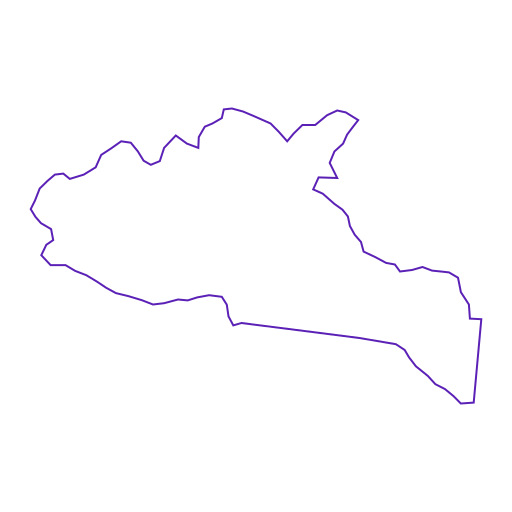 outline of Arara, Paraíba, Brazil
{"feature_id": "56859067B48385151436783", "entity_name": "Arara", "entity_type": "district", "adm_level": 2, "iso_a3": "BRA", "parent_name": "Brazil", "parent_adm1": "Paraíba", "projection": "robinson", "projection_center": [-35.733, -6.862], "detail": "fine", "context": "isolated", "style": "outline", "palette": "violet", "viewbox_px": 512, "rotation_deg": 0, "n_neighbors": 0, "source": "geoboundaries", "source_scale": "gbopen_adm2", "svg_char_len": 1390}
<svg xmlns="http://www.w3.org/2000/svg" viewBox="0 0 512 512"><path d="M65.5,265.1L75.2,270.9L86.3,275.2L96.6,281.4L106.2,287.8L115.9,293.1L128.3,296.1L141.9,300.2L153.0,304.5L164.1,303.2L178.0,299.5L187.7,300.4L197.2,297.4L209.1,295.2L221.8,296.8L226.8,304.7L228.5,316.4L233.3,325.4L241.4,323.0L359.3,338.0L395.9,344.2L404.7,350.0L409.0,357.3L415.9,366.3L427.8,375.9L435.4,384.2L445.0,389.1L453.6,396.2L460.8,403.5L473.7,402.6L481.3,319.2L469.9,318.6L468.9,304.5L460.9,292.2L458.0,277.7L449.0,272.4L440.9,271.5L432.0,270.6L422.5,267.0L412.0,270.0L400.0,271.5L394.9,264.5L386.1,262.9L375.1,257.0L363.6,251.6L361.0,242.0L354.7,234.7L349.9,226.0L347.9,216.5L342.5,209.7L334.4,203.9L322.8,193.7L313.2,189.4L318.6,177.4L337.2,178.0L329.7,162.9L334.4,151.5L343.1,143.6L347.1,134.6L352.6,127.3L358.2,120.1L345.8,112.4L337.2,110.5L327.1,115.2L315.2,125.0L302.4,125.0L293.6,133.6L287.2,141.3L278.8,131.8L270.6,123.5L254.1,116.2L243.0,111.5L231.9,108.5L223.8,109.4L221.8,118.1L212.4,123.5L204.8,126.7L198.8,137.0L198.3,147.9L186.9,143.6L175.8,135.5L164.1,147.9L159.8,161.1L150.8,164.8L143.6,160.7L137.8,151.3L130.8,142.7L121.2,141.3L111.0,148.5L101.2,154.9L95.7,167.3L83.8,174.6L69.8,178.9L63.3,173.6L54.9,174.6L47.6,180.8L39.7,188.5L35.0,200.5L30.7,209.1L35.4,216.8L41.0,223.2L51.1,229.1L53.2,240.1L46.3,244.8L41.3,255.2L50.6,265.1L65.5,265.1Z" fill="none" stroke="#5b21b6" stroke-width="2"/></svg>